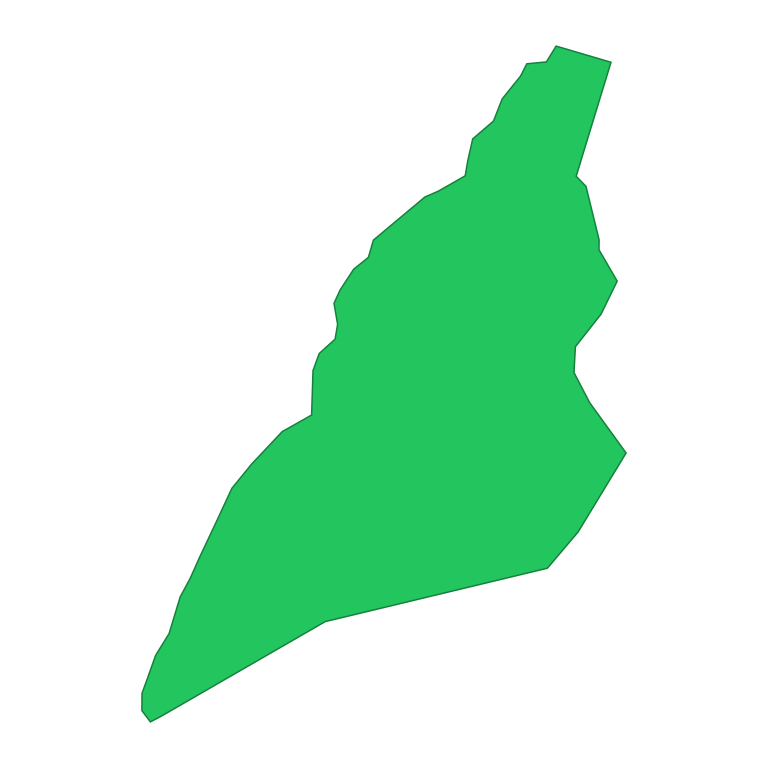 Yakkasaray, Tashkent, Uzbekistan
{"feature_id": "79887680B84205310122057", "entity_name": "Yakkasaray", "entity_type": "district", "adm_level": 2, "iso_a3": "UZB", "parent_name": "Uzbekistan", "parent_adm1": "Tashkent", "projection": "mercator", "projection_center": [69.216, 41.248], "detail": "fine", "context": "isolated", "style": "filled", "palette": "green", "viewbox_px": 768, "rotation_deg": 0, "n_neighbors": 0, "source": "geoboundaries", "source_scale": "gbopen_adm2", "svg_char_len": 738}
<svg xmlns="http://www.w3.org/2000/svg" viewBox="0 0 768 768"><path d="M547.4,568.2L578.1,532.0L626.1,453.0L589.7,402.7L574.0,372.6L575.4,346.7L601.1,314.1L617.2,281.1L599.0,249.8L599.1,239.8L586.0,186.4L576.2,176.3L582.5,155.5L611.0,62.3L556.1,46.1L546.4,61.9L526.8,63.8L520.6,76.0L502.2,98.9L493.5,121.0L472.7,138.9L467.7,161.1L465.2,175.8L438.2,191.2L424.9,197.0L373.4,240.1L368.4,257.3L353.7,269.2L340.2,289.8L334.0,303.3L337.6,324.4L335.1,339.1L319.2,353.5L313.0,370.6L311.6,415.0L282.2,431.6L251.6,464.1L231.9,488.3L216.0,522.5L199.9,556.6L190.1,578.5L180.2,596.9L169.1,633.5L155.6,655.4L146.9,679.9L142.0,693.3L141.9,710.7L150.4,721.9L161.4,716.1L325.2,621.6L547.4,568.2Z" fill="#22c55e" stroke="#15803d" stroke-width="1.5"/></svg>